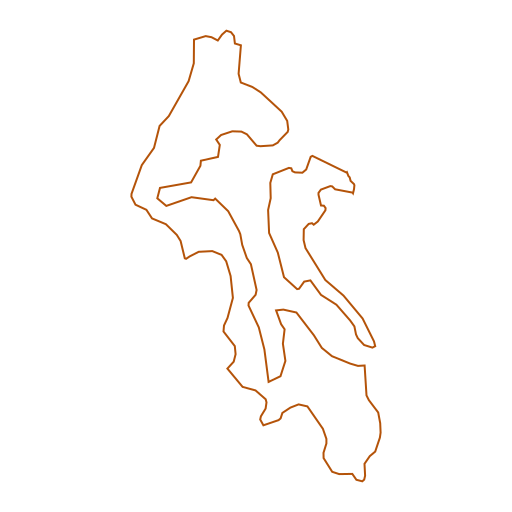 Island, Washington, United States of America
{"feature_id": "52423323B81098999696635", "entity_name": "Island", "entity_type": "district", "adm_level": 2, "iso_a3": "USA", "parent_name": "United States of America", "parent_adm1": "Washington", "projection": "albers", "projection_center": [-122.525, 48.158], "detail": "fine", "context": "isolated", "style": "outline", "palette": "amber", "viewbox_px": 512, "rotation_deg": 0, "n_neighbors": 0, "source": "geoboundaries", "source_scale": "gbopen_adm2", "svg_char_len": 2416}
<svg xmlns="http://www.w3.org/2000/svg" viewBox="0 0 512 512"><path d="M131.5,193.9L131.4,196.7L135.5,204.7L146.4,209.8L152.0,218.4L165.9,224.2L176.8,234.9L180.6,241.0L184.8,258.3L186.1,258.8L189.7,256.4L198.7,251.8L212.3,251.1L221.6,254.9L226.2,261.3L230.6,276.0L232.9,297.9L227.5,318.0L224.0,325.5L223.5,331.5L234.8,346.1L235.6,354.2L233.7,361.7L227.4,368.6L242.6,386.9L255.5,390.4L265.7,399.3L266.5,402.4L265.6,408.6L260.9,416.3L260.2,419.5L263.4,425.3L278.6,420.1L280.6,418.4L282.4,412.9L290.4,407.6L298.6,404.4L307.4,406.4L322.9,428.8L326.4,438.9L326.4,443.5L323.5,452.8L323.6,458.1L332.2,471.8L339.2,474.1L352.3,473.9L356.4,479.8L362.3,481.3L364.2,479.6L365.1,475.7L364.5,463.8L369.8,456.1L375.2,451.6L379.9,437.6L380.6,432.6L380.2,423.2L378.2,412.5L368.9,400.2L366.5,395.4L364.6,365.5L358.0,365.9L350.2,363.6L332.0,356.2L321.8,347.9L313.9,335.3L296.4,312.5L283.3,309.6L276.1,310.4L281.1,324.2L284.6,329.3L282.9,343.7L285.4,360.9L280.5,376.2L268.6,381.9L264.4,349.5L258.8,327.4L248.5,305.5L248.7,302.8L255.6,294.8L256.6,290.0L250.9,264.2L246.8,258.0L242.2,244.8L240.3,234.2L239.0,231.0L228.2,211.2L215.2,198.6L213.5,200.2L191.5,197.2L166.3,205.9L157.3,198.3L160.0,187.9L191.1,182.4L200.4,165.8L200.9,160.7L218.0,156.9L219.8,144.9L216.2,139.5L221.1,135.0L232.3,131.3L241.4,131.6L246.9,134.3L256.6,145.7L260.5,146.2L272.8,145.4L277.7,142.7L279.6,140.2L287.7,131.9L288.3,129.5L287.2,120.9L281.7,111.7L260.8,92.4L252.4,87.0L240.8,82.5L238.6,73.8L240.9,45.3L234.9,43.5L234.0,36.0L231.0,32.2L226.4,30.7L222.0,34.6L217.8,40.5L211.5,37.2L205.7,36.1L194.0,39.6L193.8,63.3L188.6,81.2L168.8,116.1L159.6,125.9L154.0,147.9L141.8,165.1L131.5,193.9ZM346.9,172.1L346.4,172.5L312.4,155.9L310.7,156.8L306.2,169.5L302.4,172.7L295.0,172.4L292.4,171.2L291.3,168.3L288.9,167.9L272.8,174.3L270.3,182.9L270.7,198.2L268.1,210.0L269.1,233.0L277.8,252.6L284.0,277.2L297.1,289.1L299.0,288.8L304.2,281.6L310.4,280.4L321.0,294.9L336.4,304.7L350.1,320.4L354.4,326.4L356.0,334.4L357.8,338.2L364.1,345.0L372.4,347.6L375.2,346.2L374.0,341.4L362.6,318.5L343.5,295.6L325.3,280.0L305.5,248.1L303.6,240.1L303.8,229.2L308.7,223.9L312.0,223.2L313.7,224.7L317.8,221.5L325.4,210.3L325.6,208.1L323.9,205.7L321.0,205.5L318.5,194.7L318.5,192.9L320.9,189.6L330.3,186.1L332.2,186.4L335.1,189.3L352.5,192.6L353.0,193.3L354.0,189.2L354.4,185.3L354.0,184.1L350.6,180.9L349.7,177.4L348.4,176.0L346.9,172.1Z" fill="none" stroke="#b45309" stroke-width="2"/></svg>